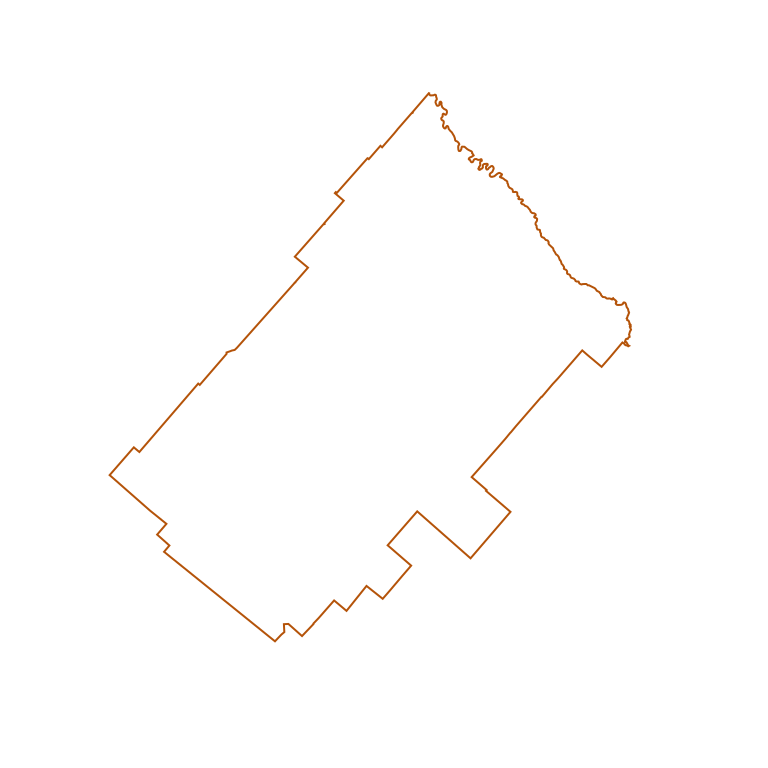 Cruz Alta, Tucumán, Argentina, rotated 119°
{"feature_id": "61730980B32203515925344", "entity_name": "Cruz Alta", "entity_type": "district", "adm_level": 2, "iso_a3": "ARG", "parent_name": "Argentina", "parent_adm1": "Tucumán", "projection": "orthographic", "projection_center": [-65.189, -26.91], "detail": "fine", "context": "isolated", "style": "outline", "palette": "amber", "viewbox_px": 768, "rotation_deg": 119, "n_neighbors": 0, "source": "geoboundaries", "source_scale": "gbopen_adm2", "svg_char_len": 6154}
<svg xmlns="http://www.w3.org/2000/svg" viewBox="0 0 768 768"><g transform="rotate(119 384 384)"><path d="M661.9,354.6L653.0,352.3L649.3,350.9L642.6,355.1L640.2,351.3L644.2,333.5L628.1,329.3L627.7,329.6L620.5,327.7L597.5,322.7L600.6,306.8L569.1,301.4L572.5,281.0L561.7,278.7L543.1,275.0L529.7,272.2L523.3,302.6L479.3,293.2L494.5,223.8L434.5,211.4L428.0,243.0L427.0,242.8L422.9,262.2L387.1,254.3L373.1,251.3L365.4,249.9L365.0,249.7L356.6,248.1L318.9,240.1L318.7,239.7L302.5,236.5L294.8,234.6L258.5,226.9L259.9,220.5L263.5,202.0L250.6,199.2L232.1,195.6L232.3,193.1L232.8,192.6L232.9,191.3L232.4,189.7L232.6,188.7L231.8,188.2L231.8,188.9L231.3,190.1L230.8,190.7L229.9,192.3L229.9,192.6L230.3,193.3L230.1,193.8L227.6,194.2L226.9,193.8L226.4,192.7L224.7,192.7L224.1,192.2L223.7,192.0L222.6,192.9L222.0,193.6L218.5,194.4L217.6,194.2L216.5,194.4L216.2,195.0L214.8,196.8L214.5,196.9L214.5,196.3L214.2,196.0L213.6,196.5L212.7,196.9L212.5,197.4L212.6,198.5L212.4,198.6L211.8,198.6L211.4,199.2L210.5,200.1L210.1,200.8L210.2,202.0L209.9,202.0L209.8,202.5L209.2,202.9L209.1,203.5L207.2,203.6L206.5,203.9L205.5,203.8L204.5,204.1L204.0,204.0L203.4,204.1L203.0,204.4L202.5,204.4L201.7,205.6L200.2,206.8L199.0,209.1L196.8,211.2L196.1,212.3L196.1,213.1L196.5,213.9L196.9,214.1L197.6,213.8L198.8,214.2L199.8,215.0L201.3,217.4L201.8,218.5L201.8,219.1L201.5,220.0L201.3,220.3L200.4,220.3L200.0,220.8L199.2,220.6L198.7,221.6L198.2,224.2L198.2,224.8L197.9,225.2L198.5,225.6L199.2,225.2L199.4,225.4L199.6,226.0L199.6,227.2L199.8,228.1L200.4,229.2L200.7,229.4L201.2,230.6L201.2,231.3L200.9,232.1L200.9,232.5L201.8,234.9L201.1,237.0L200.1,238.2L199.7,239.4L199.2,240.2L199.3,243.1L198.4,244.8L198.0,246.2L198.3,252.7L198.9,253.6L198.6,254.6L198.5,255.6L200.1,258.4L200.6,259.0L201.1,259.3L201.4,260.5L201.3,261.9L201.0,262.4L200.4,262.9L200.1,263.5L200.4,264.2L200.9,264.9L201.1,266.3L200.3,267.3L199.9,268.6L199.8,269.3L200.2,271.1L200.2,272.1L199.7,272.9L198.7,273.9L198.4,275.1L198.8,276.8L198.7,277.0L198.2,277.8L197.2,278.1L196.5,278.7L196.1,279.5L195.9,280.3L196.1,282.3L195.8,282.7L194.7,283.0L194.4,283.3L193.2,285.4L193.0,286.0L193.0,286.4L192.8,286.9L191.0,288.7L190.3,289.8L190.4,290.2L190.3,290.4L188.1,292.9L187.4,294.5L187.2,295.6L187.3,296.0L186.9,296.9L185.7,298.7L184.9,300.4L183.8,301.4L183.3,302.0L182.0,307.2L181.5,308.0L181.0,308.5L180.5,308.5L179.8,309.1L179.2,310.3L179.2,311.0L179.6,312.4L178.6,315.1L178.8,315.7L178.9,317.3L178.6,318.0L177.7,319.0L176.4,319.6L175.5,321.0L174.0,322.1L173.7,322.5L174.3,324.2L174.4,324.8L173.2,326.3L171.6,327.3L171.2,328.4L170.6,329.1L169.5,329.5L168.5,329.5L167.9,329.3L167.1,329.4L165.8,329.9L165.4,330.1L165.1,330.9L165.1,331.7L165.4,332.6L165.2,333.5L164.8,333.7L164.1,333.7L163.9,333.4L163.1,333.1L162.5,333.3L162.0,333.9L161.9,335.5L162.5,336.9L162.6,337.7L162.2,339.2L160.9,340.9L160.4,342.4L159.6,344.2L159.5,345.6L159.7,346.2L159.8,347.0L159.4,348.2L159.3,349.1L159.7,350.3L159.4,351.6L159.1,351.9L158.7,352.1L157.6,351.8L156.6,351.4L156.1,351.5L155.7,351.9L155.6,352.8L156.8,355.3L157.0,355.9L156.8,356.3L156.6,356.4L155.7,356.2L155.2,356.4L154.7,357.3L154.8,357.8L154.8,358.3L153.8,359.2L152.4,360.0L151.9,360.7L152.2,362.1L153.1,363.3L153.3,363.9L153.4,364.4L152.4,365.1L151.5,366.2L151.4,368.2L151.5,368.9L151.4,369.5L150.9,370.6L150.4,371.4L149.1,372.4L148.5,373.5L147.6,374.0L147.1,374.5L146.8,376.5L146.9,376.9L146.4,379.5L146.6,380.5L146.8,382.8L146.6,383.0L146.0,383.0L144.8,382.2L144.3,382.5L143.6,382.4L143.4,382.6L143.3,384.7L143.4,385.3L143.6,385.7L144.9,386.7L148.5,388.1L149.1,388.5L150.5,390.0L150.9,391.2L150.6,392.3L149.7,393.0L149.1,393.2L148.2,393.1L145.9,392.1L142.8,392.4L142.1,392.7L141.4,393.4L140.9,394.6L140.9,395.1L141.5,395.9L142.9,396.4L144.0,397.0L145.7,397.2L146.3,397.6L146.6,398.1L146.5,398.5L145.8,399.4L144.6,400.1L144.0,400.2L142.8,399.5L141.9,399.6L141.5,399.9L141.4,400.2L141.5,400.7L142.9,402.9L143.5,403.4L144.5,403.6L145.7,403.2L146.4,402.6L147.5,402.6L148.3,402.9L148.6,403.4L149.6,403.6L150.3,404.1L150.5,404.5L150.3,405.4L149.8,405.9L148.8,405.7L148.5,406.0L147.8,406.1L147.0,405.9L145.9,405.9L145.1,406.3L144.4,407.0L143.2,407.5L142.4,407.3L141.3,406.7L140.8,407.0L140.3,407.6L140.3,408.1L141.4,408.9L142.2,410.0L142.4,410.5L142.5,412.4L143.2,413.5L143.8,413.9L144.6,414.1L146.5,413.9L147.2,414.3L147.6,414.9L147.6,415.4L147.3,416.1L146.5,417.1L146.4,418.7L146.0,419.0L145.3,419.1L144.7,418.7L144.1,418.6L142.5,417.3L141.8,417.1L141.0,416.5L140.6,416.4L140.0,417.4L139.4,418.9L138.6,419.2L138.1,420.3L138.3,423.3L138.2,425.2L137.5,428.6L138.4,430.5L138.6,430.8L139.3,430.9L141.2,430.2L142.8,430.2L143.3,430.4L143.6,430.8L143.8,431.6L142.9,432.6L140.8,434.0L139.5,434.5L138.0,434.3L137.3,434.9L136.6,436.5L136.4,437.7L136.6,439.0L136.4,439.8L134.7,441.2L133.2,442.9L131.0,446.7L130.5,448.7L129.5,451.1L127.9,452.6L127.6,453.5L128.1,454.2L128.9,454.3L130.5,454.1L131.0,454.6L131.0,455.6L130.2,457.1L129.1,457.8L127.0,458.2L125.6,458.9L125.2,459.4L125.1,459.8L125.0,460.4L125.1,461.0L124.9,461.8L124.2,462.6L123.5,462.8L121.6,462.4L120.2,463.2L119.5,463.4L119.1,463.3L118.8,463.1L118.7,462.7L118.8,460.9L118.5,460.5L118.0,460.3L117.3,460.3L116.0,460.6L115.0,461.2L114.5,461.7L114.2,462.5L114.3,465.0L113.7,467.2L111.8,469.3L110.3,469.9L109.7,470.8L109.6,471.2L109.8,471.6L110.5,471.9L111.7,471.6L112.7,470.9L113.1,470.9L114.1,471.3L114.6,471.8L114.8,472.3L114.8,472.8L113.6,474.5L112.7,475.5L111.2,476.0L109.9,475.8L109.2,475.9L108.0,477.0L107.7,477.5L106.3,478.5L106.1,479.1L106.3,479.8L107.6,480.8L108.1,481.7L108.6,482.4L109.1,483.4L108.9,484.5L108.5,485.2L107.1,485.6L132.7,490.9L132.8,490.4L133.0,490.4L134.0,491.2L134.4,491.3L154.9,495.7L155.2,495.7L160.1,496.6L177.9,500.4L177.4,502.6L194.7,506.3L194.4,507.7L194.5,507.9L239.7,517.9L239.5,519.2L240.9,519.5L243.2,508.1L272.2,514.2L272.8,513.5L273.1,513.7L273.0,514.3L315.9,523.7L319.1,506.9L337.1,510.8L337.9,510.9L338.3,511.1L338.4,510.9L339.0,511.2L423.7,530.2L426.6,531.1L428.7,533.5L429.3,533.9L432.8,537.0L434.0,536.3L474.1,544.7L473.7,546.7L562.1,565.0L560.7,572.1L596.7,579.8L608.2,527.1L611.8,506.5L625.7,509.4L629.3,493.4L637.4,495.0L661.9,354.6Z" fill="none" stroke="#b45309" stroke-width="2"/></g></svg>